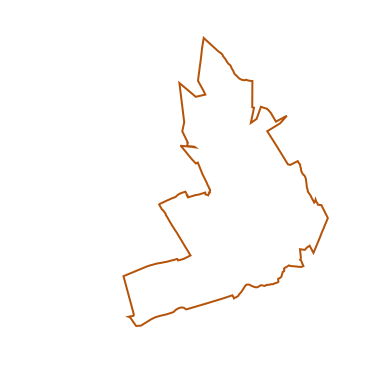 Santa Cruz Xoxocotlán, Oaxaca, Mexico (Albers equal-area conic projection), rotated 57°
{"feature_id": "50627088B97007763045384", "entity_name": "Santa Cruz Xoxocotlán", "entity_type": "district", "adm_level": 2, "iso_a3": "MEX", "parent_name": "Mexico", "parent_adm1": "Oaxaca", "projection": "albers", "projection_center": [-96.747, 17.01], "detail": "fine", "context": "isolated", "style": "outline", "palette": "amber", "viewbox_px": 384, "rotation_deg": 57, "n_neighbors": 0, "source": "geoboundaries", "source_scale": "gbopen_adm2", "svg_char_len": 5359}
<svg xmlns="http://www.w3.org/2000/svg" viewBox="0 0 384 384"><g transform="rotate(57 192 192)"><path d="M185.0,221.6L184.4,225.8L184.7,226.4L188.4,226.6L189.9,226.7L192.4,226.1L192.7,226.1L196.2,226.0L197.1,226.5L198.0,226.5L198.2,226.4L200.5,226.5L203.2,226.7L204.0,226.7L208.2,226.9L214.3,227.0L217.8,226.9L219.9,227.0L226.0,227.2L234.1,227.5L239.1,227.6L239.7,227.6L244.4,227.8L244.1,230.5L243.9,232.4L243.8,233.3L243.7,234.2L243.6,235.3L243.5,235.7L243.3,236.2L243.2,236.8L243.1,237.1L242.8,237.8L242.6,238.6L241.8,240.9L241.4,240.9L240.2,240.8L240.0,241.1L239.6,242.5L239.1,244.1L238.9,244.6L238.8,245.1L238.6,245.5L238.1,247.0L237.7,248.4L237.5,249.1L237.2,249.7L236.9,250.7L236.7,251.4L236.0,252.9L235.4,254.4L234.9,255.8L234.6,256.4L234.4,257.0L233.8,258.3L233.2,259.7L233.0,260.2L232.8,260.6L232.7,261.0L232.4,261.9L232.2,262.4L231.9,263.6L231.5,264.9L231.0,266.1L230.7,267.4L230.5,268.0L230.1,269.3L230.0,269.7L225.3,295.3L262.8,307.4L264.0,308.4L262.8,311.2L262.1,313.1L263.3,312.2L264.3,312.2L265.8,312.1L270.3,312.0L270.5,312.0L273.9,311.8L276.2,307.8L276.3,306.9L276.5,295.6L277.1,290.8L278.7,285.6L280.9,279.5L282.6,273.0L282.0,269.8L282.1,267.0L282.7,264.4L284.4,262.0L287.2,260.9L287.5,260.2L294.1,238.0L298.3,223.4L299.6,218.3L300.6,214.4L301.1,214.4L303.6,214.6L304.1,214.7L304.0,213.8L304.1,213.2L304.3,212.4L304.4,210.7L304.2,209.6L303.6,208.4L303.3,207.7L303.1,206.5L302.8,205.4L300.3,199.7L300.0,199.2L299.6,198.2L299.4,197.3L299.7,196.1L300.6,194.8L300.9,194.4L301.5,194.0L302.3,193.7L305.7,191.4L306.6,190.5L307.0,189.8L307.5,189.0L307.6,188.5L307.6,187.8L307.6,187.1L307.6,185.6L307.9,184.7L308.4,184.2L309.3,183.3L310.5,182.0L310.5,181.3L310.5,180.6L310.6,179.9L311.3,178.9L311.5,178.2L311.7,177.8L312.0,177.3L312.2,176.9L312.2,176.4L312.6,175.6L313.1,174.9L313.5,174.1L313.6,172.7L313.8,172.0L314.3,170.3L314.4,169.6L314.5,168.8L314.5,168.6L314.4,168.5L313.7,168.1L313.1,167.8L312.6,167.6L312.2,167.3L311.7,167.0L312.0,165.2L311.9,164.5L311.9,163.6L311.7,163.1L311.4,162.9L310.3,161.5L309.3,160.4L308.4,159.4L308.6,158.8L308.6,158.1L308.3,157.7L308.1,157.4L307.7,157.2L307.2,156.8L306.5,156.7L306.2,155.7L306.4,152.0L306.4,150.6L307.0,150.2L307.7,149.7L311.0,145.5L311.8,144.5L312.8,143.4L312.9,143.2L314.5,140.8L314.6,139.7L314.8,138.9L312.4,138.5L310.2,138.1L308.6,137.8L308.3,137.9L308.1,137.9L308.0,138.1L307.7,138.2L307.5,137.5L306.8,136.9L306.5,136.5L298.8,132.6L299.4,131.9L301.9,129.0L301.9,128.8L301.6,127.3L301.5,126.8L301.2,126.3L301.1,122.6L309.2,123.3L305.9,118.4L301.8,112.4L299.8,109.5L298.3,107.4L297.7,106.6L296.5,105.0L295.6,103.6L295.3,103.1L293.8,100.9L292.9,99.7L290.7,96.4L287.9,92.3L285.8,92.0L284.6,91.9L282.5,91.7L282.4,91.7L281.4,91.5L280.3,91.4L279.2,91.3L278.1,91.2L277.9,91.1L275.8,90.9L275.7,90.9L273.5,90.6L273.3,90.8L272.4,92.0L271.2,93.3L270.1,93.0L269.3,93.0L267.7,93.0L265.7,92.5L266.5,93.4L266.9,94.1L267.2,94.7L267.4,95.3L266.3,95.2L265.0,95.0L263.6,95.0L262.2,94.8L261.5,94.8L260.4,94.6L259.5,94.5L258.4,94.5L256.8,94.6L256.1,94.6L255.4,94.5L254.8,94.7L254.3,94.3L253.9,94.2L252.8,93.7L252.4,93.6L251.8,93.4L251.4,93.4L250.6,93.1L248.5,92.0L243.9,89.8L243.2,89.4L242.7,89.2L241.8,89.1L241.1,88.9L240.6,88.8L239.7,88.8L238.7,88.9L238.3,89.2L236.7,89.3L235.0,89.1L234.0,88.9L233.3,88.7L232.0,88.1L231.7,87.8L231.4,87.7L230.9,87.6L229.9,87.4L229.0,87.0L228.2,86.5L227.8,86.5L227.2,86.4L226.5,86.5L225.9,86.7L225.5,86.6L224.8,86.5L224.0,86.5L223.7,86.5L222.8,94.9L221.0,96.5L201.2,96.0L182.0,95.8L182.4,80.7L179.7,70.9L178.7,83.3L168.6,82.8L163.3,83.6L158.1,87.8L165.9,98.0L166.1,105.0L155.1,94.1L153.7,95.3L131.8,80.9L130.2,83.0L129.0,84.2L127.3,85.5L127.2,86.5L126.5,87.5L126.0,88.2L125.0,89.1L124.1,89.7L122.6,90.5L120.7,91.0L119.3,91.2L116.7,91.9L115.0,91.9L113.3,91.5L111.6,91.4L110.2,91.4L108.0,91.0L106.2,90.9L104.1,91.7L102.3,91.7L100.5,91.7L98.7,91.6L96.8,91.8L95.0,92.0L94.0,91.7L91.9,91.9L91.0,92.3L88.1,93.4L69.2,98.3L71.0,99.9L71.6,100.5L74.3,102.9L75.1,103.6L75.5,104.0L76.6,105.0L77.1,105.4L77.2,105.5L78.5,106.6L80.4,108.1L81.1,108.7L83.8,110.9L84.7,111.7L84.8,111.8L86.3,113.0L87.9,114.4L89.3,115.6L92.0,117.9L98.9,123.8L102.0,126.4L108.7,126.9L114.1,127.3L117.6,127.8L114.2,137.0L93.7,143.2L129.2,160.5L131.7,163.0L135.8,167.1L147.4,168.5L147.9,169.0L148.4,168.7L149.1,169.3L149.8,170.2L150.6,171.1L153.1,168.1L153.3,167.8L153.5,167.6L153.6,167.4L153.8,167.2L154.0,167.0L154.2,166.7L154.3,166.6L154.5,166.3L154.7,166.1L154.9,165.9L155.0,165.7L155.5,165.3L155.8,165.2L156.1,165.0L156.4,164.9L154.7,166.8L151.0,171.4L148.0,175.1L147.8,175.3L147.3,176.0L147.5,176.2L148.1,176.2L150.5,175.8L152.9,175.6L154.0,175.4L159.1,174.9L162.4,174.5L165.6,174.1L165.9,174.0L167.0,173.8L170.2,173.2L170.5,171.1L181.2,173.2L183.1,173.6L183.7,173.6L190.5,174.4L190.8,174.4L192.7,174.7L195.3,175.2L195.9,175.1L196.9,175.3L198.4,175.6L198.8,175.6L200.0,175.7L200.4,175.9L200.8,176.1L201.2,176.9L201.6,177.7L202.1,177.4L202.7,178.8L203.3,180.1L203.5,180.3L202.7,180.8L201.3,182.0L199.7,181.2L199.6,181.5L199.4,181.9L199.0,183.6L197.9,187.5L196.2,191.5L196.2,191.9L194.9,196.3L194.5,197.7L194.3,198.3L192.3,198.1L192.4,197.7L191.4,197.7L190.2,197.6L189.2,197.5L188.1,197.4L186.8,202.5L186.9,202.9L186.8,203.0L186.6,205.0L186.7,205.5L187.1,207.7L187.1,209.2L186.7,211.1L186.6,211.3L186.3,212.5L186.2,213.7L186.0,214.8L185.5,217.7L185.0,221.6Z" fill="none" stroke="#b45309" stroke-width="2"/></g></svg>